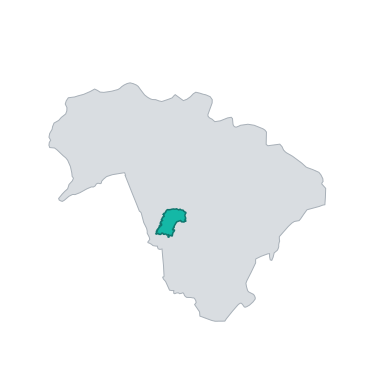 Zoundweogo, Zoundwéogo, Burkina Faso shown in context, rotated 69°
{"feature_id": "67063806B75605811528327", "entity_name": "Zoundweogo", "entity_type": "district", "adm_level": 2, "iso_a3": "BFA", "parent_name": "Burkina Faso", "parent_adm1": "Zoundwéogo", "projection": "equal_earth", "projection_center": [-0.952, 11.556], "detail": "fine", "context": "in_parent", "style": "filled", "palette": "teal", "viewbox_px": 384, "rotation_deg": 69, "n_neighbors": 0, "source": "geoboundaries", "source_scale": "gbopen_adm2", "svg_char_len": 7540}
<svg xmlns="http://www.w3.org/2000/svg" viewBox="0 0 384 384"><g transform="rotate(69 192 192)"><path d="M274.7,248.2L266.1,248.7L262.9,249.9L261.0,249.9L261.0,248.9L260.7,248.3L249.9,244.8L242.3,242.7L234.5,240.4L234.1,242.5L233.0,243.9L231.3,244.0L230.2,243.7L229.4,245.4L228.1,247.6L226.3,248.6L224.6,250.0L223.6,251.2L222.9,251.2L221.1,248.4L218.8,248.1L214.4,248.6L212.4,247.8L209.7,247.4L203.3,248.0L193.2,246.9L191.5,247.5L191.1,248.0L181.0,248.1L169.9,248.3L160.7,248.4L152.5,248.5L152.5,248.0L149.9,248.0L149.6,248.9L147.3,260.1L147.0,266.2L148.3,270.0L149.6,272.5L151.2,273.5L151.3,274.8L150.1,276.6L150.2,278.4L151.6,280.2L152.0,282.2L151.2,284.3L151.4,289.2L152.5,297.0L152.5,302.1L151.5,304.4L151.9,308.4L153.9,314.0L154.3,316.3L153.6,317.4L151.9,318.9L150.2,318.8L148.3,315.4L147.4,313.9L145.8,310.5L144.5,307.0L142.7,305.5L140.9,304.1L138.7,299.7L136.6,297.7L134.4,298.3L131.2,297.4L124.7,296.4L117.7,296.7L114.7,297.7L111.9,299.3L104.5,302.8L101.7,304.5L99.5,308.9L97.0,308.8L94.5,307.4L93.0,305.4L89.6,305.9L86.4,303.9L83.3,300.1L81.1,298.8L78.2,296.1L77.4,290.8L75.5,287.2L73.9,282.0L71.4,279.8L68.4,278.5L64.4,278.8L61.8,276.7L59.7,273.7L60.3,271.2L61.2,267.5L61.4,263.9L62.0,258.2L61.7,251.0L61.0,246.0L63.2,243.9L65.8,242.0L67.4,238.6L69.1,231.0L69.8,224.4L69.3,221.9L68.5,220.0L67.8,217.2L67.5,213.7L67.9,210.7L69.9,207.9L72.3,205.5L74.1,204.4L78.6,203.2L84.3,201.5L87.7,199.5L90.1,197.5L91.4,196.0L92.8,192.8L95.0,190.3L96.7,187.8L97.0,180.8L97.0,176.8L95.8,174.6L95.1,172.8L103.6,167.3L103.6,163.5L102.5,159.2L100.8,155.7L100.2,152.7L102.6,149.2L104.7,146.6L106.2,144.3L109.5,140.9L113.0,140.0L116.1,141.3L125.3,149.3L126.9,149.9L128.9,149.2L131.3,147.1L134.5,145.5L135.7,140.1L135.6,132.2L136.3,128.6L138.0,127.9L143.3,129.4L144.7,129.5L146.2,129.0L147.3,127.6L147.3,125.1L147.1,122.8L148.8,115.5L152.0,110.0L158.4,103.1L160.4,101.7L162.7,101.0L174.1,105.7L176.0,104.6L178.8,92.9L181.9,91.7L185.6,91.5L188.0,90.5L189.3,89.7L194.7,85.3L204.3,79.2L209.5,76.6L210.5,75.7L214.2,71.4L219.1,66.5L222.2,65.5L226.5,65.1L229.2,65.9L230.0,67.3L230.9,68.0L236.5,65.9L244.6,69.3L251.5,72.5L251.1,74.6L251.1,78.3L250.5,84.1L249.8,91.0L252.7,95.5L256.1,100.4L257.1,102.3L256.2,107.0L256.8,109.9L258.7,114.5L261.8,120.4L265.0,126.5L267.2,127.3L269.3,127.8L270.6,128.9L272.4,130.0L274.3,130.7L275.9,132.0L277.0,133.3L278.3,137.1L281.9,139.6L284.4,142.0L283.4,143.3L280.3,142.8L277.3,141.7L276.9,143.5L276.8,150.4L277.3,156.2L278.0,156.9L281.0,158.0L288.1,165.5L294.5,172.6L296.6,174.4L300.2,175.1L304.1,175.4L305.8,174.7L309.7,171.2L311.7,170.8L313.6,170.9L314.6,171.4L316.5,174.4L318.2,178.8L318.7,182.0L318.6,183.7L318.0,184.4L314.8,185.2L313.5,185.9L313.1,186.9L313.6,189.0L314.3,190.4L317.7,196.8L322.7,205.4L324.3,207.6L323.4,210.1L320.9,216.8L319.0,219.6L310.7,229.1L306.6,227.9L298.0,229.9L296.7,227.7L294.7,227.4L292.2,227.8L291.3,228.6L291.0,229.5L290.1,230.8L288.6,234.6L287.3,235.6L285.8,236.1L283.9,236.1L282.8,236.6L282.8,238.4L282.5,240.0L281.2,240.9L280.7,242.7L280.8,244.5L280.1,245.3L278.4,244.8L277.5,244.3L276.6,246.6L275.5,248.2L274.7,248.2Z" fill="#d9dde1" stroke="#a8b0b8" stroke-width="1"/><path d="M200.7,223.2L200.9,223.4L201.1,223.6L201.1,223.8L201.4,224.1L201.5,224.1L201.5,224.4L201.7,224.6L201.8,224.7L201.9,224.9L202.1,225.1L202.1,225.3L202.3,225.6L202.3,225.8L202.2,226.0L202.2,226.3L202.3,226.4L202.2,226.4L202.3,226.6L202.4,226.4L202.4,226.5L202.5,226.6L202.4,226.6L202.6,226.7L202.7,226.8L203.1,226.5L203.2,226.4L203.4,226.5L203.5,226.5L203.8,226.6L203.9,226.8L204.0,226.9L204.2,227.0L204.6,226.9L204.8,226.8L204.9,227.1L204.7,227.8L204.9,228.1L205.1,228.2L205.4,228.4L205.5,228.7L205.5,228.8L205.5,229.0L205.8,229.3L206.1,229.3L206.4,229.7L206.5,230.1L206.8,230.3L207.0,230.6L207.3,230.6L207.3,230.3L207.5,230.1L207.8,229.9L208.0,229.8L208.1,230.1L208.1,230.3L208.1,230.5L208.2,230.9L208.4,231.1L208.7,231.1L208.8,231.2L208.8,231.6L208.6,231.8L208.7,232.0L209.0,232.1L209.3,232.4L209.4,232.6L209.8,232.6L210.4,233.2L210.6,233.1L210.7,232.9L210.7,232.6L210.6,232.3L210.8,231.9L211.1,231.9L211.2,232.0L211.3,232.0L211.5,232.0L212.2,232.4L212.3,232.8L212.4,233.1L212.5,233.4L212.4,233.7L212.4,233.9L212.1,233.9L212.0,233.7L211.9,233.7L211.9,233.8L212.0,233.9L211.9,234.3L211.9,234.6L212.0,234.7L212.2,234.9L212.6,234.9L212.8,235.0L212.8,234.9L213.0,234.7L213.3,234.8L213.4,235.1L213.4,235.3L213.4,235.5L213.5,235.5L213.6,236.0L213.8,236.1L213.9,236.3L214.0,236.6L214.0,236.8L214.2,237.0L214.3,237.1L214.4,237.3L214.5,237.1L214.8,237.2L214.8,237.3L214.7,237.4L214.8,237.7L215.0,237.7L215.1,237.8L215.0,238.0L215.3,238.4L215.4,238.5L215.7,238.5L215.7,238.8L215.7,239.1L215.8,239.2L216.0,239.0L216.1,238.7L216.3,238.8L216.6,239.2L216.6,239.4L216.7,239.5L216.8,239.3L217.0,239.5L217.4,239.8L217.5,239.9L217.7,240.0L217.8,240.0L217.9,240.3L218.0,240.2L218.0,240.4L218.1,240.5L218.3,240.6L218.5,240.5L218.5,240.4L218.4,240.2L218.4,239.8L218.4,239.6L218.5,239.6L218.6,239.3L218.6,239.2L218.6,238.6L218.8,238.6L219.0,238.5L219.3,238.1L219.4,237.9L219.8,237.8L219.8,237.7L219.9,237.4L220.0,237.1L220.1,236.9L220.3,236.7L220.3,236.4L220.2,235.9L220.0,235.6L219.7,235.2L219.6,234.7L219.8,234.4L220.0,234.2L220.2,233.9L220.5,233.8L220.9,233.9L221.1,233.9L221.4,233.5L221.6,232.9L221.6,232.7L221.5,232.3L221.6,232.1L221.8,231.6L222.1,231.3L222.7,231.2L223.0,230.8L223.2,230.7L223.3,230.4L223.2,229.8L223.3,229.4L223.4,229.2L223.7,229.2L224.0,229.3L224.1,229.5L224.3,229.7L224.4,229.8L224.4,230.0L224.6,230.1L225.0,230.4L225.2,230.5L225.5,230.4L225.7,230.2L225.8,230.0L225.8,229.8L225.7,229.8L225.4,229.9L225.2,229.9L225.2,229.3L225.1,229.1L224.9,228.7L224.7,228.3L224.6,228.1L224.8,227.8L225.1,227.4L225.2,227.2L225.4,227.1L225.5,227.1L225.9,226.3L225.8,226.1L225.6,226.2L225.0,225.7L224.7,225.7L224.6,225.3L224.4,225.2L224.2,225.2L223.9,225.0L223.6,224.6L223.3,224.5L223.0,224.3L222.9,224.2L222.7,223.5L222.6,223.3L222.3,223.0L222.0,222.5L221.4,222.0L221.2,222.0L221.0,222.3L220.8,222.7L220.7,223.1L220.5,223.5L220.4,223.5L220.4,223.4L220.1,223.4L219.9,223.4L219.9,223.2L219.5,222.7L218.8,222.2L218.7,222.0L218.7,221.6L218.8,221.6L218.7,221.4L218.4,221.3L218.3,221.2L218.2,221.2L217.9,221.2L217.7,221.2L217.6,220.9L217.4,220.7L217.1,220.4L216.3,219.5L216.1,219.2L215.3,218.2L214.4,216.9L214.5,212.9L214.8,212.7L215.3,212.8L215.6,212.5L216.0,212.5L216.2,212.3L216.3,212.0L216.9,210.8L217.0,210.5L217.1,210.3L217.1,209.9L217.0,209.7L216.7,209.5L216.7,209.3L216.8,209.2L217.0,208.6L216.9,208.6L216.9,208.4L216.7,208.3L216.4,208.1L216.2,208.1L216.1,208.3L215.7,208.5L215.7,208.4L215.5,208.2L215.4,208.3L215.2,208.2L215.0,207.9L214.8,207.7L214.7,207.5L214.4,207.6L214.2,207.6L213.9,207.4L213.7,207.2L213.4,207.1L212.9,207.2L212.7,207.2L212.3,207.3L211.6,207.1L211.0,206.9L210.7,206.7L209.9,205.9L209.8,205.6L209.6,205.4L209.3,205.3L209.2,205.2L208.9,205.1L208.6,205.2L208.5,205.3L208.3,205.6L208.2,205.7L208.2,205.8L207.9,206.0L207.6,206.1L207.4,206.3L207.1,206.5L206.9,206.7L206.6,206.7L206.2,206.6L205.9,206.8L205.5,207.3L205.4,207.7L205.2,208.1L204.7,208.7L204.5,208.9L204.0,209.1L203.9,209.2L203.8,209.3L203.8,209.7L203.9,210.0L204.0,210.4L204.0,210.7L203.9,210.8L203.7,211.1L202.9,211.7L202.8,212.0L202.7,212.1L202.2,212.4L202.2,212.5L202.0,213.7L201.9,214.2L201.8,214.5L201.4,214.9L201.2,215.4L201.1,215.8L201.0,216.2L200.8,217.2L200.8,217.7L200.8,218.0L200.6,218.6L200.6,219.3L200.3,219.6L200.2,219.9L200.1,220.2L200.2,220.3L200.1,220.5L199.8,220.9L199.7,221.1L199.8,221.6L199.9,221.9L199.9,222.2L200.2,222.5L200.3,222.8L200.6,223.2L200.7,223.2Z" fill="#14b8a6" stroke="#0f766e" stroke-width="1.5"/></g></svg>